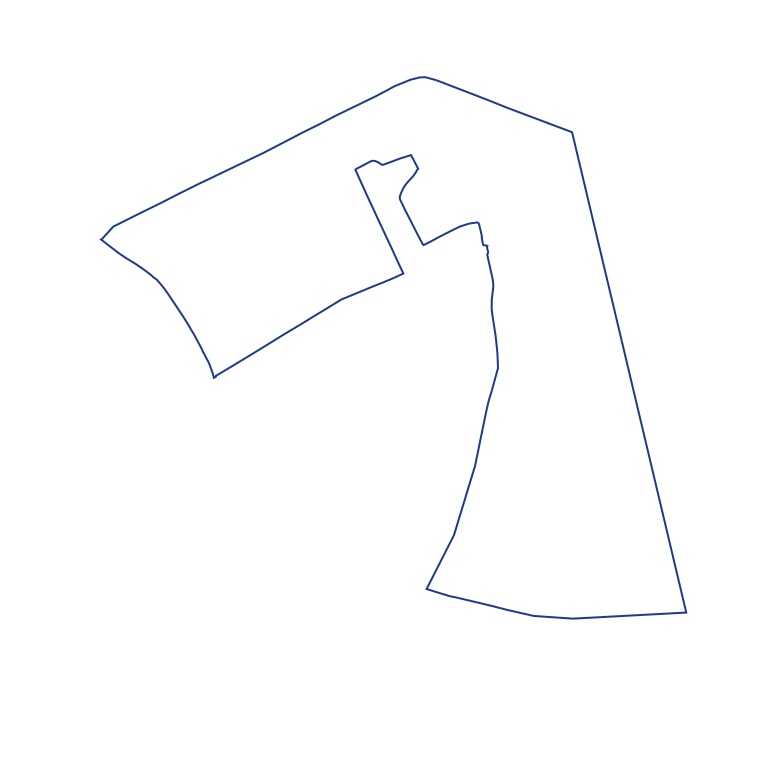 Ismailiyya 2, Al Isma`iliyah, Egypt, rotated 77°
{"feature_id": "37247803B84345161552096", "entity_name": "Ismailiyya 2", "entity_type": "district", "adm_level": 2, "iso_a3": "EGY", "parent_name": "Egypt", "parent_adm1": "Al Isma`iliyah", "projection": "mercator", "projection_center": [32.27, 30.614], "detail": "fine", "context": "isolated", "style": "outline", "palette": "blue", "viewbox_px": 768, "rotation_deg": 77, "n_neighbors": 0, "source": "geoboundaries", "source_scale": "gbopen_adm2", "svg_char_len": 2416}
<svg xmlns="http://www.w3.org/2000/svg" viewBox="0 0 768 768"><g transform="rotate(77 384 384)"><path d="M339.0,546.1L338.8,546.0L338.2,545.8L337.9,544.9L336.3,539.9L331.8,526.0L327.0,511.4L322.1,496.7L317.1,481.9L314.3,473.7L312.1,467.1L307.3,452.1L302.3,437.3L297.4,422.4L292.4,407.5L292.2,406.9L292.0,406.2L291.6,403.9L289.8,392.7L287.3,377.9L285.7,367.9L285.0,363.0L283.7,355.3L282.4,348.3L280.7,340.3L268.3,343.0L254.0,345.9L239.1,349.1L224.7,352.2L195.6,358.3L168.7,363.7L168.3,362.8L168.0,361.9L166.4,355.6L165.2,351.0L164.2,347.5L163.9,345.8L164.0,344.7L164.7,342.5L166.5,340.0L168.4,338.1L169.7,337.1L169.9,336.4L170.2,335.6L169.7,331.1L167.9,317.7L167.2,308.1L167.1,307.1L167.1,306.2L172.1,304.8L182.0,302.3L182.4,302.9L182.8,303.5L185.2,305.7L188.0,308.7L190.2,312.0L193.0,316.0L195.2,318.7L196.7,320.3L199.4,322.6L203.1,325.3L204.5,326.2L205.3,326.5L206.1,326.8L208.1,326.8L220.1,324.1L230.2,321.5L246.4,317.5L256.9,314.7L257.2,314.4L257.5,314.1L256.5,309.6L255.2,304.7L253.3,297.9L250.3,285.9L248.3,277.4L247.7,274.9L247.2,269.3L246.9,265.3L247.1,261.6L247.5,257.3L247.6,256.9L247.7,256.4L248.8,255.6L249.5,255.5L250.2,255.4L262.8,255.4L263.2,255.7L263.4,255.9L264.8,255.9L267.1,256.1L270.9,256.0L272.6,252.2L274.7,253.0L278.6,252.8L279.8,253.2L280.1,253.5L280.7,254.1L281.9,254.3L284.0,254.3L286.4,254.4L302.3,254.5L307.6,254.6L312.1,255.2L315.2,256.1L325.7,259.9L334.5,262.1L341.4,262.9L362.2,264.4L379.1,266.5L388.2,268.2L394.3,269.4L402.0,273.6L415.7,281.0L424.2,285.9L436.2,291.7L484.1,313.6L547.0,349.8L592.0,387.5L592.6,388.0L593.1,388.4L593.3,388.6L597.2,382.1L605.6,367.6L607.8,362.6L624.6,328.7L629.1,320.0L632.0,314.4L643.7,290.2L655.1,252.8L674.7,140.9L359.3,142.9L335.2,143.1L181.0,144.1L142.5,202.0L130.2,219.6L99.7,264.8L94.4,274.6L93.3,280.2L93.5,289.8L96.2,306.6L101.7,326.9L111.6,370.2L116.5,389.1L120.4,405.7L131.6,449.0L147.7,521.0L152.3,540.3L157.3,560.2L163.4,586.2L169.8,612.5L179.4,626.3L179.5,626.7L179.6,627.1L185.7,622.2L197.1,612.8L203.7,606.6L211.3,598.8L218.2,592.5L222.7,588.7L225.3,586.6L227.3,585.2L227.7,585.0L228.1,584.8L229.2,583.7L231.3,581.8L232.0,581.5L232.6,581.2L236.7,579.0L241.9,576.5L248.2,573.9L248.7,573.8L249.1,573.6L262.5,568.5L268.4,566.3L274.6,564.0L283.7,560.9L287.8,559.7L293.2,557.9L308.0,553.9L311.8,553.2L314.5,552.4L319.6,551.1L323.1,550.1L325.7,549.6L336.0,548.4L339.7,548.3L339.0,546.1Z" fill="none" stroke="#1e3a8a" stroke-width="2"/></g></svg>